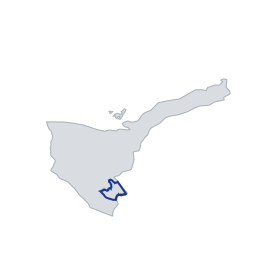 Lalay Gash, Gash Barka, Eritrea shown in context, rotated 297°
{"feature_id": "51966322B3150290200372", "entity_name": "Lalay Gash", "entity_type": "district", "adm_level": 2, "iso_a3": "ERI", "parent_name": "Eritrea", "parent_adm1": "Gash Barka", "projection": "albers", "projection_center": [37.404, 14.623], "detail": "fine", "context": "in_parent", "style": "outline", "palette": "blue", "viewbox_px": 256, "rotation_deg": 297, "n_neighbors": 0, "source": "geoboundaries", "source_scale": "gbopen_adm2", "svg_char_len": 5219}
<svg xmlns="http://www.w3.org/2000/svg" viewBox="0 0 256 256"><g transform="rotate(297 128 128)"><path d="M42.4,154.0L41.6,146.3L41.0,141.1L40.5,135.6L39.9,130.4L42.4,127.2L43.6,124.2L46.6,114.3L47.7,112.4L50.1,107.1L50.4,105.6L52.7,99.0L52.5,94.5L52.0,90.1L53.3,87.4L54.4,85.3L54.3,83.5L54.8,79.4L55.2,78.4L56.6,78.3L59.4,78.8L61.4,78.4L63.8,78.4L65.6,78.3L66.7,77.0L68.2,72.2L69.1,71.2L69.9,70.9L71.9,70.0L73.7,68.6L75.2,67.6L75.7,67.4L77.3,67.2L78.8,66.7L79.5,66.0L81.4,65.4L83.3,65.7L84.6,65.1L85.5,64.7L86.4,64.7L87.3,64.1L87.7,63.3L88.3,62.7L89.7,61.5L90.4,60.5L90.7,59.6L91.0,58.9L91.7,57.7L94.2,54.6L96.5,52.7L104.3,68.3L107.6,77.5L110.4,87.1L112.6,101.5L114.7,108.9L117.9,112.5L120.2,119.4L122.0,119.6L123.4,121.5L125.8,127.9L127.5,130.3L128.4,128.2L128.3,127.0L127.6,125.0L128.2,122.5L129.5,120.9L132.5,123.0L134.1,124.5L134.6,127.7L135.3,129.5L138.5,133.2L141.2,134.2L144.6,134.4L147.5,135.2L149.8,136.5L154.1,140.3L164.1,143.4L172.2,153.5L177.0,160.4L192.6,170.8L195.4,175.9L196.9,180.8L200.1,180.5L205.8,185.9L207.5,190.0L212.1,191.4L212.8,188.9L215.1,190.9L216.1,194.0L213.2,195.3L210.0,196.5L209.5,196.5L208.5,198.0L207.1,201.9L205.4,203.1L204.5,203.3L199.4,199.7L198.6,199.5L197.5,200.2L196.8,201.0L194.4,198.2L192.6,195.8L190.1,192.9L187.8,191.6L185.3,190.0L182.8,186.2L180.2,182.0L176.4,178.5L169.5,173.6L163.0,167.3L158.1,160.7L154.9,157.3L153.6,156.5L147.2,154.4L142.6,151.4L139.1,148.9L137.0,148.3L135.0,148.2L130.6,148.7L127.0,147.2L125.4,147.2L123.0,146.8L121.1,146.2L118.8,146.9L114.2,148.1L112.4,147.9L111.3,146.3L110.7,145.1L109.1,143.9L107.8,143.9L107.0,145.0L102.3,147.9L94.2,149.5L92.3,149.4L90.9,148.2L86.8,143.4L85.6,142.6L84.7,142.6L82.8,142.0L81.1,141.1L79.5,139.1L78.0,138.0L76.3,141.9L73.4,148.6L71.8,152.3L69.8,157.0L69.2,157.1L68.1,156.8L64.1,150.9L61.6,148.7L59.7,149.0L58.3,150.0L57.4,152.0L56.5,153.2L55.5,153.7L53.3,153.4L49.9,152.5L46.4,152.7L42.9,154.0L42.4,154.0ZM136.6,114.7L137.7,116.2L138.5,116.0L139.1,115.5L139.5,114.5L143.6,116.5L143.4,117.8L140.9,117.9L138.1,117.4L135.5,117.6L132.3,117.1L131.6,114.8L133.6,115.9L134.6,115.6L134.8,115.3L133.4,113.8L131.4,113.5L131.5,112.3L132.4,111.8L132.9,111.2L131.8,109.6L134.0,109.9L135.4,110.9L136.4,112.1L136.6,114.7ZM134.8,104.3L135.7,106.9L133.2,106.0L132.8,105.4L133.9,104.4L134.1,103.7L134.8,104.3Z" fill="#d9dde1" stroke="#a8b0b8" stroke-width="1"/><path d="M59.2,132.2L59.2,132.3L59.0,132.6L58.9,132.7L58.8,132.9L58.7,133.1L58.5,133.5L58.5,133.9L58.4,134.0L58.3,134.4L58.3,134.5L58.2,134.8L58.0,135.1L57.9,135.6L57.8,135.8L57.6,136.6L57.5,136.9L57.3,137.1L56.7,138.2L56.1,140.2L56.3,141.6L56.4,142.6L56.4,142.9L56.6,144.0L56.8,144.4L56.8,144.6L56.9,145.1L57.0,145.3L57.0,145.5L57.0,146.0L57.1,146.4L57.2,146.8L57.2,147.1L57.4,147.6L57.5,147.9L57.6,148.1L57.9,148.4L58.1,148.6L58.2,148.9L58.2,149.3L58.3,149.6L58.4,149.8L58.5,149.9L58.6,150.0L58.9,149.7L59.2,149.6L59.3,149.6L59.4,149.8L59.8,149.6L60.0,149.5L60.1,149.4L60.3,149.2L60.5,149.0L60.8,149.0L61.2,149.2L61.3,149.3L61.6,149.3L61.6,149.2L61.9,149.1L62.0,149.0L62.3,149.1L62.5,148.9L62.8,148.9L63.0,148.9L63.1,149.0L63.1,149.3L63.3,149.4L63.6,149.4L63.6,149.5L63.7,149.8L63.8,149.8L64.0,149.8L63.9,149.9L63.9,150.0L64.0,150.1L64.3,150.3L64.3,150.5L64.6,150.6L64.6,150.8L64.8,150.9L64.8,151.0L65.0,151.2L65.1,151.3L64.8,151.4L64.8,151.5L64.8,151.8L65.0,151.8L65.3,151.9L65.4,152.0L65.3,152.3L65.4,152.5L65.2,152.7L65.1,152.8L65.2,153.0L65.5,153.2L65.9,153.4L65.9,153.5L66.0,153.6L66.3,153.7L66.4,153.9L66.5,153.9L66.5,154.1L66.9,154.1L67.1,154.1L67.2,154.3L67.2,154.6L67.1,154.8L67.1,155.1L67.3,155.2L67.4,155.3L67.4,155.5L67.5,155.5L67.9,155.7L67.9,155.8L67.9,156.0L68.0,156.1L68.3,156.0L68.5,156.0L75.4,143.2L74.5,142.9L74.2,142.7L74.0,142.4L73.8,142.2L73.7,142.1L73.8,142.1L73.7,142.0L73.7,141.9L73.6,141.6L73.5,141.4L73.4,141.2L73.3,140.9L73.2,140.9L73.2,140.6L73.2,140.4L73.4,139.5L73.4,139.4L73.6,139.0L73.7,138.7L73.8,138.5L73.9,138.3L74.0,138.1L74.0,137.8L74.1,137.3L74.1,136.9L74.1,136.6L74.1,136.2L74.1,135.9L73.9,135.8L73.7,135.8L73.2,135.7L72.8,135.5L72.8,135.4L73.1,135.3L73.1,135.0L73.1,134.9L72.9,134.9L72.7,135.0L72.4,135.0L72.2,135.1L72.0,135.3L71.9,135.5L71.6,135.5L71.5,135.8L71.4,135.8L71.3,136.0L71.3,136.3L71.2,136.5L71.2,136.8L71.2,137.0L70.9,137.3L70.7,137.4L70.6,137.5L70.5,137.8L70.4,137.9L70.3,138.0L70.2,138.1L70.1,138.4L70.1,138.5L69.9,138.5L69.7,138.7L69.7,138.8L69.4,139.0L69.0,139.1L68.9,139.2L68.9,139.3L68.7,139.4L68.7,139.5L68.4,139.8L67.9,140.1L67.5,140.0L67.3,139.9L67.0,139.9L67.0,140.0L66.9,140.1L66.7,140.0L66.4,140.1L66.5,139.9L66.4,139.9L66.4,139.7L66.2,139.5L66.2,139.3L66.1,139.2L65.9,139.1L66.1,138.9L66.0,138.7L65.8,138.7L65.7,138.7L65.4,138.5L65.2,138.5L64.9,138.6L64.7,138.4L64.4,138.5L64.3,138.4L64.2,138.5L63.9,138.6L63.8,138.4L63.6,138.2L63.3,138.2L63.2,138.2L63.0,138.3L62.9,138.2L62.6,137.8L62.5,137.7L62.5,137.4L62.7,137.2L62.7,136.8L62.6,136.7L62.5,136.4L62.5,136.2L62.7,135.9L62.5,135.6L62.4,135.3L62.5,135.2L62.5,134.9L62.4,134.7L62.3,134.4L62.2,134.3L62.1,134.2L61.9,134.3L61.7,134.3L61.6,134.5L61.4,134.5L61.3,134.4L61.1,134.2L61.0,133.9L60.9,133.7L60.5,133.4L60.4,133.4L60.2,133.4L60.2,133.0L60.1,132.9L59.9,132.9L59.4,132.7L59.3,132.3L59.2,132.2Z" fill="none" stroke="#1e3a8a" stroke-width="2"/></g></svg>